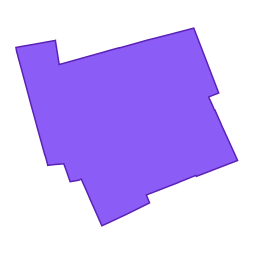 Gemenele, Braila, Romania (Mercator projection), rotated 177°
{"feature_id": "2599482B65666711084077", "entity_name": "Gemenele", "entity_type": "district", "adm_level": 2, "iso_a3": "ROU", "parent_name": "Romania", "parent_adm1": "Braila", "projection": "mercator", "projection_center": [27.647, 45.284], "detail": "fine", "context": "isolated", "style": "filled", "palette": "violet", "viewbox_px": 256, "rotation_deg": 177, "n_neighbors": 0, "source": "geoboundaries", "source_scale": "gbopen_adm2", "svg_char_len": 1019}
<svg xmlns="http://www.w3.org/2000/svg" viewBox="0 0 256 256"><g transform="rotate(177 128 128)"><path d="M195.9,219.3L196.3,219.2L205.1,218.1L218.5,216.4L227.1,215.4L235.7,214.3L235.4,211.8L235.1,209.3L234.8,208.6L234.2,205.5L231.8,194.5L227.8,175.9L223.9,157.5L223.5,155.6L221.3,145.7L220.6,142.5L218.5,132.6L212.4,105.1L212.2,105.1L211.7,102.8L211.0,99.5L210.5,97.1L210.2,95.9L210.1,95.2L210.1,94.9L202.4,95.4L201.3,95.4L194.0,95.6L192.9,92.1L192.1,89.5L188.6,77.4L180.1,78.4L177.3,79.4L170.7,62.0L170.3,60.7L159.2,31.7L134.9,41.5L110.4,52.1L113.2,60.2L93.7,66.6L80.6,70.9L80.6,71.0L62.8,77.1L62.3,76.1L36.0,84.7L20.3,89.8L20.5,90.5L24.1,99.7L31.2,117.7L32.7,121.5L34.6,126.2L34.6,126.5L40.3,141.5L40.7,141.4L43.1,147.8L45.7,154.4L45.8,154.8L35.6,158.2L44.2,184.7L47.6,195.2L57.1,224.3L66.2,222.4L86.3,218.3L101.3,215.3L103.1,215.0L105.7,214.4L125.2,210.0L132.5,208.4L132.6,208.6L139.2,207.2L152.2,204.2L165.2,201.3L193.4,195.0L195.9,218.7L195.9,219.3Z" fill="#8b5cf6" stroke="#5b21b6" stroke-width="1.5"/></g></svg>